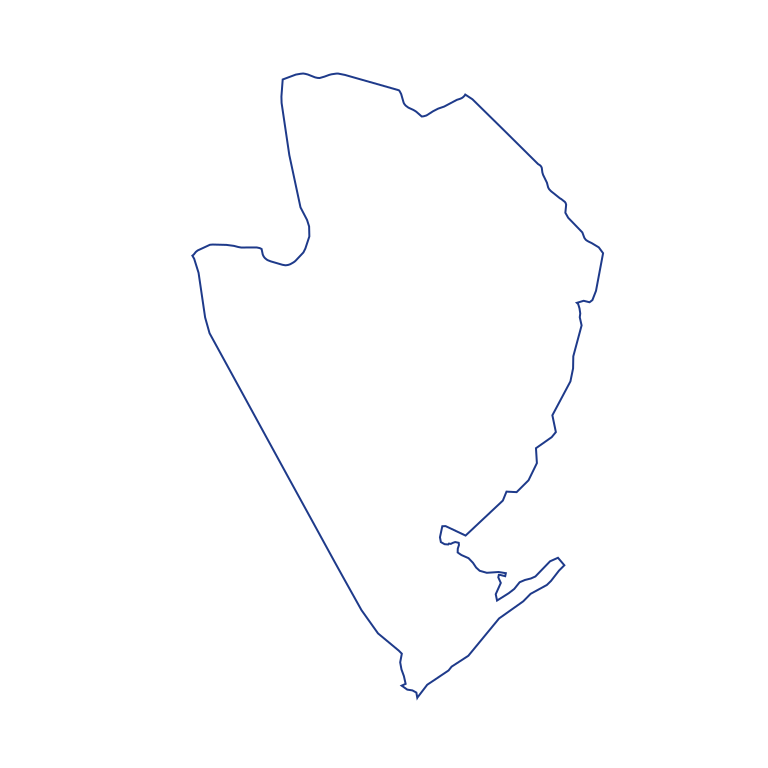 SVG path tracing the border of Izabal, rotated 102°
{"feature_id": "GTM-1959", "entity_name": "Izabal", "entity_type": "Department", "adm_level": 1, "iso_a3": "GTM", "parent_name": "Guatemala", "parent_adm1": "", "projection": "robinson", "projection_center": [-89.06, 15.52], "detail": "fine", "context": "isolated", "style": "outline", "palette": "blue", "viewbox_px": 768, "rotation_deg": 102, "n_neighbors": 0, "source": "natural_earth", "source_scale": "10m", "svg_char_len": 2577}
<svg xmlns="http://www.w3.org/2000/svg" viewBox="0 0 768 768"><g transform="rotate(102 384 384)"><path d="M684.0,286.2L679.1,288.2L677.8,292.5L678.1,297.7L675.4,304.0L672.8,300.5L665.6,303.8L659.5,307.6L652.9,310.3L644.1,310.5L641.8,314.0L629.2,338.0L609.9,359.0L581.4,383.9L567.8,395.7L531.4,427.0L495.3,458.1L459.2,489.1L423.3,519.9L370.6,565.2L356.1,572.8L313.8,588.5L301.0,595.7L298.3,598.1L298.1,597.9L296.9,597.0L293.9,595.5L292.1,594.0L284.0,583.2L283.2,580.5L280.7,567.1L280.1,559.6L280.3,555.0L280.2,552.1L276.9,536.9L276.9,533.8L277.4,531.8L282.6,529.5L284.3,528.2L285.0,527.4L285.7,526.5L286.8,524.3L287.1,523.3L287.6,520.2L288.5,508.2L288.4,505.2L288.0,503.9L287.4,502.4L286.4,500.7L284.3,498.3L283.0,497.0L281.8,496.1L272.1,490.2L267.9,489.1L255.2,487.7L245.5,490.0L239.5,493.4L228.6,502.4L179.8,524.2L130.4,542.6L124.2,544.1L107.2,546.4L99.7,534.6L97.9,530.1L97.1,527.6L97.0,525.5L97.1,522.9L98.4,515.1L98.4,512.6L98.1,510.6L95.7,506.1L93.0,501.8L92.0,499.8L90.3,495.2L89.9,493.5L89.8,486.4L93.6,430.5L94.3,429.6L96.8,427.5L104.7,423.3L105.6,422.6L106.3,421.8L107.1,420.8L107.6,419.8L108.6,417.6L109.8,412.3L110.6,409.9L111.1,408.8L114.5,402.7L113.9,400.9L112.5,398.3L107.0,392.7L103.4,388.3L100.1,382.8L90.9,371.8L89.3,369.0L88.7,368.1L87.9,367.1L87.0,366.3L85.2,365.1L84.0,364.7L87.1,356.7L110.5,320.0L136.8,279.1L137.7,276.7L138.6,275.5L139.8,274.6L144.1,273.1L146.3,271.9L153.2,266.5L157.6,264.3L159.1,263.0L160.7,260.7L165.8,250.5L166.2,249.2L168.3,244.9L169.3,243.9L170.8,243.1L178.8,242.2L183.1,238.4L194.5,221.5L199.4,218.4L201.0,216.6L201.7,215.0L202.2,213.4L203.0,210.1L205.7,202.3L210.5,196.9L248.8,196.0L258.6,197.6L260.7,199.4L261.0,199.7L261.3,200.0L261.1,206.0L264.5,212.2L265.4,210.7L269.4,208.5L274.2,206.7L278.0,206.4L285.6,202.9L317.5,204.6L329.4,202.3L342.7,202.2L379.6,212.8L395.3,205.9L401.1,208.9L415.2,222.0L429.6,218.0L448.1,222.6L462.2,231.8L463.8,241.8L473.3,243.5L515.3,272.7L510.2,294.2L511.0,297.4L522.3,297.4L526.8,295.5L528.1,291.4L527.6,287.8L526.6,287.3L526.5,285.4L525.1,283.7L523.8,281.5L523.8,277.9L525.9,277.2L529.8,277.6L533.5,276.9L535.2,272.7L536.8,265.1L540.4,259.8L544.4,255.7L546.8,251.6L547.3,244.2L544.1,232.9L543.7,225.5L546.8,225.5L546.6,230.5L546.8,232.0L549.4,232.0L554.3,228.4L566.4,231.0L572.3,228.4L562.7,218.5L557.4,214.0L549.7,210.1L546.4,205.4L543.7,199.9L540.8,195.9L522.9,184.7L517.8,177.7L523.8,169.9L530.1,174.0L541.9,179.7L546.7,182.9L558.8,197.0L567.6,202.6L589.4,222.7L632.3,245.0L646.4,259.1L650.8,261.3L669.2,279.2L683.7,286.1L684.0,286.2Z" fill="none" stroke="#1e3a8a" stroke-width="2"/></g></svg>